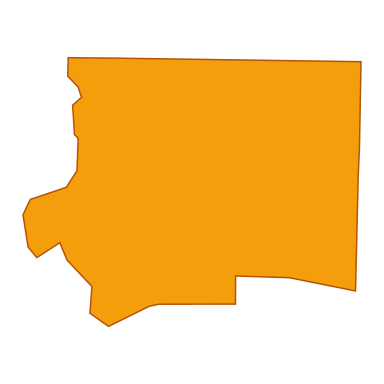 Forsyth, North Carolina, United States of America
{"feature_id": "52423323B50145770853492", "entity_name": "Forsyth", "entity_type": "district", "adm_level": 2, "iso_a3": "USA", "parent_name": "United States of America", "parent_adm1": "North Carolina", "projection": "equal_earth", "projection_center": [-80.334, 36.117], "detail": "fine", "context": "isolated", "style": "filled", "palette": "amber", "viewbox_px": 384, "rotation_deg": 0, "n_neighbors": 0, "source": "geoboundaries", "source_scale": "gbopen_adm2", "svg_char_len": 661}
<svg xmlns="http://www.w3.org/2000/svg" viewBox="0 0 384 384"><path d="M361.0,61.7L125.4,58.3L123.1,58.2L68.2,57.7L67.8,76.3L78.2,87.1L80.4,94.2L80.5,94.6L81.4,96.6L81.6,97.2L72.6,105.2L74.2,129.9L74.3,134.4L77.1,137.2L77.5,137.6L77.9,139.0L78.1,140.1L77.0,170.7L66.3,187.3L30.3,199.4L23.0,214.8L28.1,247.0L36.8,257.6L59.8,242.7L67.1,260.1L91.9,286.5L89.9,313.3L107.7,325.8L108.5,326.3L111.1,325.1L114.2,323.6L143.3,309.2L149.4,306.2L158.9,304.2L218.3,304.1L235.5,304.1L235.5,297.3L235.5,293.1L235.6,276.0L289.2,277.7L355.5,291.0L358.2,176.1L358.7,164.6L358.8,161.8L358.9,159.6L359.4,150.2L361.0,61.7Z" fill="#f59e0b" stroke="#b45309" stroke-width="1.5"/></svg>